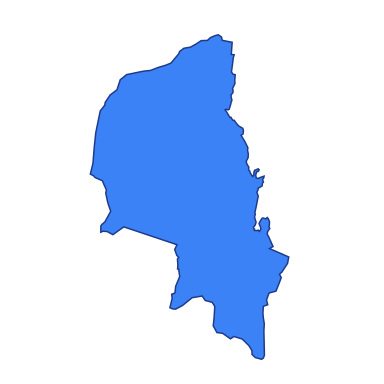 outline of Barkeol, Assaba, Mauritania, rotated 6°
{"feature_id": "47542326B92526973547543", "entity_name": "Barkeol", "entity_type": "district", "adm_level": 2, "iso_a3": "MRT", "parent_name": "Mauritania", "parent_adm1": "Assaba", "projection": "robinson", "projection_center": [-12.286, 16.647], "detail": "fine", "context": "isolated", "style": "filled", "palette": "blue", "viewbox_px": 384, "rotation_deg": 6, "n_neighbors": 0, "source": "geoboundaries", "source_scale": "gbopen_adm2", "svg_char_len": 2614}
<svg xmlns="http://www.w3.org/2000/svg" viewBox="0 0 384 384"><g transform="rotate(6 192 192)"><path d="M90.1,143.2L90.1,157.2L90.5,174.0L89.0,184.8L92.5,186.2L94.0,187.7L101.7,190.2L104.3,194.9L106.7,199.0L106.3,201.9L108.8,209.8L110.0,212.9L113.2,219.7L108.5,230.8L105.8,233.7L104.9,235.2L105.5,241.5L107.7,240.3L111.8,240.2L117.8,242.7L127.8,233.8L135.9,235.6L182.6,246.0L180.8,251.0L183.5,256.6L185.7,258.6L184.5,260.2L185.6,266.3L185.7,270.1L186.8,270.1L188.6,277.4L185.6,287.5L185.6,294.2L182.5,295.8L183.4,300.0L182.8,304.4L182.1,309.4L185.0,310.3L188.0,310.2L194.5,305.8L203.2,297.1L213.0,294.4L216.5,298.5L223.6,299.6L226.6,303.4L227.1,314.0L227.1,322.9L231.5,329.2L237.2,329.3L245.6,334.0L248.9,331.3L257.3,333.0L264.6,338.8L268.2,343.5L268.7,347.3L272.2,350.0L278.7,351.1L280.3,349.8L281.1,346.8L278.0,322.5L277.7,315.7L276.0,309.3L275.2,304.9L274.9,298.2L279.1,296.2L277.4,291.6L279.2,284.4L285.9,281.8L288.6,272.1L289.7,267.8L287.6,264.6L289.7,262.3L294.5,253.0L295.0,246.5L275.0,240.2L278.3,237.8L273.0,228.6L271.2,226.1L271.3,223.8L272.3,221.6L273.2,220.2L272.1,218.4L272.4,217.0L272.2,213.5L270.6,210.5L269.4,209.5L268.4,211.0L265.4,210.4L264.3,210.9L262.4,215.0L262.0,216.5L263.7,219.5L264.4,221.4L264.0,222.8L263.1,224.2L261.9,223.0L260.6,223.6L258.1,223.7L258.1,222.4L257.3,221.9L256.9,220.7L257.0,220.2L258.1,218.7L258.4,217.8L258.9,215.4L256.8,210.4L257.3,207.5L256.7,206.2L257.6,197.5L258.0,192.3L258.3,189.2L256.5,185.4L257.4,183.2L257.6,180.9L258.7,180.5L258.7,180.4L261.1,178.6L261.2,175.6L262.0,174.7L260.9,172.3L262.0,170.1L262.0,168.7L259.0,170.1L256.1,171.7L254.4,171.3L253.6,168.6L254.1,165.4L255.9,164.4L256.5,163.0L255.4,162.0L253.0,163.4L252.1,163.8L251.5,165.6L251.7,168.8L250.8,170.2L248.1,167.2L247.0,164.8L246.0,164.2L245.9,161.3L243.8,158.7L242.7,155.9L244.2,152.0L244.0,148.2L242.9,144.8L242.9,142.0L239.0,135.9L234.8,130.4L236.7,129.0L236.8,125.8L235.9,123.4L231.3,121.3L228.0,118.1L226.6,116.3L224.9,116.3L222.9,113.6L221.8,113.8L217.6,108.1L216.3,106.9L217.4,106.1L219.4,106.5L220.4,105.7L221.4,100.3L221.6,97.5L221.7,98.4L222.1,96.6L220.9,93.1L220.8,91.3L222.3,88.9L222.3,87.0L221.5,84.8L223.4,79.6L222.8,76.3L222.8,73.5L222.7,70.8L220.5,70.6L218.7,68.5L219.1,53.7L219.6,51.1L216.7,51.1L216.3,38.9L206.2,38.0L205.1,34.7L201.6,32.9L198.6,34.1L194.2,36.5L191.5,39.6L185.3,40.5L180.6,44.4L175.3,48.1L168.9,49.9L165.0,53.5L164.4,55.9L157.6,66.0L152.5,68.7L145.1,71.8L138.1,75.4L131.9,76.7L127.2,78.1L124.5,79.0L114.7,82.1L108.9,87.9L106.7,98.2L100.5,104.0L96.3,112.0L96.2,114.8L92.3,120.9L91.3,130.8L90.1,143.2Z" fill="#3b82f6" stroke="#1e3a8a" stroke-width="1.5"/></g></svg>